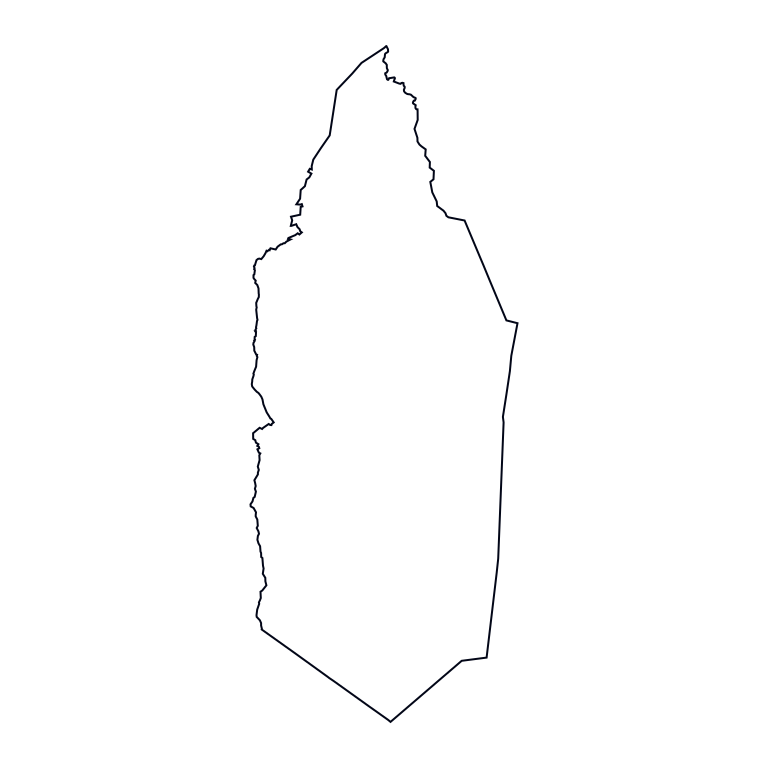 the district of Santiago Tenango, Oaxaca, Mexico
{"feature_id": "50627088B72964972747290", "entity_name": "Santiago Tenango", "entity_type": "district", "adm_level": 2, "iso_a3": "MEX", "parent_name": "Mexico", "parent_adm1": "Oaxaca", "projection": "orthographic", "projection_center": [-97.014, 17.298], "detail": "fine", "context": "isolated", "style": "outline", "palette": "ink", "viewbox_px": 768, "rotation_deg": 0, "n_neighbors": 0, "source": "geoboundaries", "source_scale": "gbopen_adm2", "svg_char_len": 3846}
<svg xmlns="http://www.w3.org/2000/svg" viewBox="0 0 768 768"><path d="M261.7,629.5L296.9,654.6L328.6,677.5L328.9,677.8L333.2,680.7L368.8,706.2L388.4,720.1L390.5,721.9L461.7,660.8L486.6,657.6L489.3,634.9L496.7,572.7L498.2,558.7L503.6,422.4L502.9,416.9L506.4,394.5L509.9,371.1L511.3,355.8L517.5,323.2L506.4,320.4L489.4,279.7L483.5,265.4L479.6,256.2L464.6,220.5L448.4,217.3L446.4,215.8L445.5,213.2L443.5,210.7L437.2,206.0L436.7,201.4L432.3,192.4L430.3,181.9L433.5,179.3L433.9,170.8L429.7,167.6L429.9,162.0L425.2,155.8L425.7,149.4L421.4,146.3L419.4,144.5L417.5,141.5L417.4,137.8L414.5,128.9L417.7,119.9L417.6,110.8L417.5,109.3L416.8,109.3L416.6,109.3L416.1,109.0L415.5,108.1L415.4,106.8L415.6,105.7L415.7,105.2L415.1,104.8L413.1,103.4L412.9,102.9L413.2,101.7L413.5,101.2L413.9,100.7L414.3,100.7L414.8,100.6L415.6,99.1L415.7,98.2L415.0,97.7L413.5,97.1L410.9,94.7L409.6,94.3L408.4,94.2L407.3,94.0L406.4,93.5L405.4,92.9L404.7,92.2L404.0,91.1L403.9,89.8L404.7,87.8L404.6,86.6L403.8,85.8L403.5,84.5L403.5,83.1L402.5,82.8L401.4,83.0L400.6,83.8L399.3,83.6L393.8,81.5L394.0,80.8L394.9,78.3L394.7,77.7L394.2,77.4L391.8,77.8L390.0,78.1L389.2,78.1L388.3,79.8L387.7,79.8L387.0,79.2L386.2,75.9L385.3,74.6L385.2,73.3L386.7,72.5L387.6,71.0L387.8,70.1L386.9,68.3L386.8,67.0L386.8,64.9L385.7,63.3L383.3,61.4L383.3,60.4L383.6,59.1L384.7,57.4L385.0,54.2L385.3,53.6L386.4,52.8L387.6,52.2L388.1,51.6L388.0,49.3L386.4,46.1L386.2,46.1L385.8,46.5L383.8,48.2L361.5,62.9L355.5,69.8L352.3,73.5L336.7,89.9L329.7,135.4L320.7,148.4L313.3,159.6L311.7,166.1L311.8,169.5L309.8,168.8L308.1,171.7L311.4,173.6L309.3,177.4L306.6,179.5L304.9,186.2L300.7,190.0L300.1,198.7L296.4,204.3L300.2,204.6L301.8,204.1L302.5,206.4L300.7,206.9L300.2,214.7L291.0,216.7L292.2,220.3L290.8,225.9L291.3,225.9L296.2,224.2L297.5,227.1L299.6,229.2L300.3,231.3L301.8,232.4L299.4,234.5L297.7,233.3L295.3,235.1L288.4,238.0L288.0,239.0L290.4,239.5L286.4,241.6L284.8,243.2L283.4,243.3L281.9,244.3L280.7,244.4L277.6,246.7L275.7,249.5L270.5,248.3L269.7,250.1L269.2,249.7L267.3,251.3L266.5,250.8L265.5,253.1L263.7,256.2L261.3,259.1L259.3,258.6L258.0,258.9L256.5,260.1L255.5,263.3L254.9,265.4L254.3,265.5L253.9,266.5L254.6,268.2L254.1,269.1L254.9,270.2L254.3,274.4L253.5,275.1L253.5,277.9L254.3,279.1L255.7,280.6L255.2,282.9L257.3,285.0L258.5,288.4L258.7,293.6L258.9,294.5L258.8,297.1L257.8,299.0L256.2,302.9L256.4,306.3L256.7,307.3L256.2,309.7L257.1,318.1L257.5,319.9L257.0,321.0L256.4,325.5L256.0,327.3L256.3,328.4L255.5,329.6L255.9,330.9L255.1,331.1L256.0,332.5L255.8,336.1L254.7,336.9L254.6,338.8L255.0,339.7L254.2,340.4L254.6,341.0L253.5,342.9L253.3,344.6L254.2,347.1L254.3,350.7L256.2,354.5L257.1,354.8L256.8,356.0L257.4,357.1L256.6,360.1L256.1,366.7L254.3,371.1L253.4,373.7L253.8,374.4L253.5,375.9L252.3,379.4L252.2,381.5L251.8,384.0L251.8,384.3L252.2,386.5L254.7,389.6L256.8,391.8L258.4,392.9L259.4,394.1L261.3,396.7L262.5,399.5L263.4,404.3L266.7,412.4L269.4,416.7L270.4,418.5L271.2,418.8L273.7,422.4L271.8,423.9L271.4,425.1L270.2,425.0L268.7,424.0L263.1,427.9L262.1,429.0L259.6,427.8L253.1,433.2L253.2,438.9L255.3,440.2L255.9,442.6L258.4,444.2L257.3,445.9L258.8,446.7L259.3,448.2L257.4,449.3L258.9,452.7L260.3,453.4L259.3,455.3L259.6,460.1L257.8,466.6L258.8,469.9L257.9,472.6L257.9,474.4L254.4,480.2L255.1,482.9L255.7,486.0L254.9,488.8L255.9,491.6L254.7,496.9L253.4,497.9L252.5,501.4L250.5,504.3L250.7,506.4L253.6,508.0L256.0,512.3L255.7,515.1L255.7,516.4L257.3,519.5L257.8,525.8L256.7,528.0L258.4,531.3L259.0,533.8L257.9,535.9L257.4,539.8L258.5,543.4L260.1,546.2L260.5,551.6L261.1,553.0L261.2,557.0L262.4,558.0L263.0,565.7L263.6,568.5L262.8,573.8L265.3,577.8L265.4,581.4L266.4,585.3L262.3,590.5L260.5,591.7L260.8,598.0L259.9,600.4L258.9,602.4L259.2,603.8L257.2,609.6L256.5,615.2L256.7,616.9L259.9,620.3L261.1,623.1L261.1,625.5L261.9,628.8L261.7,629.5Z" fill="none" stroke="#020617" stroke-width="2"/></svg>